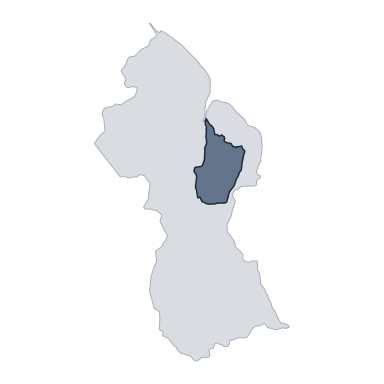 Upper Demerara-Berbice on a map of Guyana (Natural Earth projection)
{"feature_id": "GUY-673", "entity_name": "Upper Demerara-Berbice", "entity_type": "Region", "adm_level": 1, "iso_a3": "GUY", "parent_name": "Guyana", "parent_adm1": "", "projection": "natural_earth1", "projection_center": [-58.308, 5.539], "detail": "fine", "context": "in_parent", "style": "filled", "palette": "slate", "viewbox_px": 384, "rotation_deg": 0, "n_neighbors": 0, "source": "natural_earth", "source_scale": "10m", "svg_char_len": 5462}
<svg xmlns="http://www.w3.org/2000/svg" viewBox="0 0 384 384"><path d="M120.3,177.0L111.9,166.2L103.4,155.3L95.1,144.6L94.6,143.1L98.1,138.0L101.2,134.4L103.8,132.3L105.0,130.5L104.1,122.6L104.1,119.8L102.9,116.7L102.1,113.3L103.1,110.4L104.4,108.4L106.0,107.6L109.9,106.9L112.6,106.6L113.6,105.5L115.2,104.1L117.3,104.1L121.3,105.0L123.2,103.2L126.6,100.9L134.1,96.8L135.8,94.2L137.0,90.1L136.9,88.2L136.1,87.4L134.3,86.8L131.4,86.7L129.1,87.7L126.7,87.1L124.7,84.6L124.6,82.5L125.8,79.6L125.1,77.6L121.3,71.4L121.4,69.7L124.1,66.9L125.7,64.5L127.8,58.8L129.5,56.9L134.8,56.2L136.1,55.0L138.8,52.0L142.8,48.6L148.6,45.9L150.2,40.9L151.3,39.5L155.8,36.9L156.6,35.5L156.5,34.2L149.2,23.0L150.7,23.8L156.4,31.1L159.5,32.7L160.2,32.7L160.2,30.8L163.1,31.6L170.6,36.6L181.5,44.9L196.9,60.5L201.3,66.4L204.3,69.2L208.8,76.0L210.2,79.3L210.1,92.6L206.0,101.5L205.0,108.2L204.8,117.2L202.4,122.3L205.6,119.5L206.5,111.5L209.2,106.6L212.7,101.2L217.3,99.9L222.3,102.2L226.3,102.6L229.8,104.2L237.3,112.8L244.7,119.6L247.4,125.1L255.1,127.8L259.8,132.1L261.2,135.8L262.2,145.6L260.7,160.3L261.1,161.1L259.0,164.0L258.6,165.8L257.2,169.1L256.2,170.9L257.7,175.0L259.5,175.1L260.1,175.7L260.6,176.5L260.5,177.3L259.8,178.1L258.1,179.1L256.5,181.4L256.7,184.0L255.7,185.4L252.5,186.1L246.2,186.1L243.1,186.3L240.6,186.7L239.0,188.4L236.9,189.6L235.3,189.8L233.8,191.8L232.4,194.6L232.9,196.5L234.4,199.0L235.2,201.6L234.1,205.8L232.8,209.0L232.1,211.5L231.1,216.2L228.7,221.4L227.0,224.4L227.0,227.6L227.8,232.2L232.8,238.9L234.4,242.1L235.8,247.2L240.2,251.2L243.0,254.5L242.8,258.8L243.2,260.1L244.9,261.2L247.0,262.0L249.4,262.0L251.5,261.6L251.9,261.0L256.8,260.9L257.3,262.0L257.6,268.2L257.8,270.7L259.0,271.7L259.6,273.3L259.7,274.7L259.9,278.1L260.6,279.9L260.5,283.7L261.0,285.0L262.4,285.9L264.0,288.6L264.7,288.9L265.0,289.9L266.5,293.6L267.2,294.8L267.7,294.9L267.9,296.2L269.0,299.8L269.7,300.6L271.0,303.2L271.6,306.1L273.4,309.3L275.2,311.5L276.0,313.8L278.4,319.0L280.6,322.6L283.7,323.5L286.2,324.0L287.8,325.4L289.4,326.9L287.7,327.6L286.2,328.5L284.1,327.8L281.2,328.2L278.2,329.2L275.4,329.7L270.1,328.1L268.5,327.9L267.4,327.2L265.2,324.0L264.1,323.6L261.3,325.1L257.9,326.1L256.2,325.9L254.3,327.0L252.5,328.4L249.0,334.6L247.2,336.8L245.2,337.8L241.4,337.8L237.3,338.0L234.2,339.5L231.3,340.3L229.8,340.4L229.3,343.8L228.7,345.4L227.8,346.3L225.5,346.6L223.5,346.4L222.3,345.0L220.0,344.3L218.0,343.8L216.6,343.0L215.6,343.2L214.7,344.6L214.0,345.8L213.4,348.1L210.3,348.8L209.0,350.0L209.8,354.2L209.4,355.9L208.8,357.1L205.1,357.4L201.9,357.3L200.1,358.8L197.9,360.6L196.5,361.0L194.9,360.9L192.7,358.8L190.6,356.2L185.4,354.4L180.2,352.9L176.8,348.9L176.0,346.8L174.4,346.0L170.3,341.1L168.1,338.0L165.7,337.2L162.9,335.9L163.0,333.7L162.8,331.5L161.6,330.6L160.0,330.0L159.4,328.8L159.5,326.0L159.9,318.6L159.4,311.6L155.7,309.2L154.1,307.6L151.2,297.2L149.9,292.5L149.8,289.0L150.8,278.7L151.8,274.2L154.7,265.2L156.4,262.2L156.5,259.9L156.3,257.0L155.5,251.3L160.4,247.6L162.4,246.1L162.8,243.7L165.4,240.6L166.6,237.6L167.5,235.3L167.3,234.1L166.1,233.4L164.8,231.2L162.0,224.9L161.0,223.6L160.1,221.9L160.5,219.1L161.6,216.0L161.5,214.8L159.8,213.1L156.3,210.4L153.4,210.2L151.2,209.2L147.9,209.1L145.3,208.8L143.8,207.8L144.1,206.1L144.8,204.8L147.0,201.6L148.5,198.2L148.7,194.9L149.1,190.6L149.8,186.8L150.1,182.5L146.6,179.7L145.5,177.4L144.1,175.3L142.5,175.3L140.2,174.4L136.4,177.1L133.5,176.6L131.5,177.7L126.9,177.5L123.9,176.1L120.3,177.0Z" fill="#d9dde1" stroke="#a8b0b8" stroke-width="1"/><path d="M205.2,121.2L205.7,121.1L205.4,120.8L206.1,119.0L206.1,118.9L206.9,119.6L209.1,123.5L209.6,124.2L210.0,124.7L211.7,125.8L213.2,127.8L213.7,128.9L213.9,129.7L214.0,130.1L214.0,130.5L214.0,130.8L214.1,131.1L214.7,133.7L214.7,133.9L214.7,134.3L214.8,134.5L215.0,134.5L216.8,134.6L217.2,134.8L217.5,134.9L218.2,135.4L219.3,136.0L219.5,136.0L219.8,135.9L220.5,135.5L222.0,135.0L223.3,136.4L223.6,136.6L224.1,136.6L224.6,138.1L224.6,138.9L224.1,140.8L224.6,141.6L225.1,141.9L227.8,142.9L229.1,143.2L229.4,143.2L231.1,143.6L231.2,143.9L231.5,144.6L232.0,145.1L232.7,146.3L233.0,146.5L233.3,146.5L233.7,146.5L234.2,146.5L234.6,146.8L235.3,147.6L235.6,147.7L235.9,147.6L236.1,147.3L236.4,147.0L236.7,146.8L237.2,146.6L238.9,146.8L239.2,146.7L240.2,146.3L240.4,146.2L241.2,146.2L241.7,146.1L242.9,149.1L243.5,149.9L244.1,150.1L244.7,150.7L244.7,151.1L244.7,151.5L244.7,151.9L243.9,154.0L241.8,164.2L241.5,168.6L241.3,169.6L241.1,170.3L239.8,171.9L239.2,173.1L238.2,176.0L237.0,178.0L236.1,179.7L234.2,185.6L230.3,190.7L229.3,192.3L228.7,194.1L228.1,197.0L226.5,202.2L225.8,202.7L224.6,203.0L217.9,203.1L217.3,203.2L214.4,204.0L208.4,204.1L206.6,203.7L205.8,203.4L205.2,203.0L204.9,202.8L204.5,202.5L202.8,201.9L202.6,201.8L202.0,201.4L201.1,199.9L200.5,198.0L199.9,197.2L198.1,197.9L197.6,197.1L196.6,190.5L195.6,187.6L195.5,185.7L196.5,179.1L196.6,175.8L196.3,175.0L195.9,174.5L194.0,171.3L194.2,171.0L194.2,170.6L194.2,170.2L194.2,169.7L194.4,169.2L194.7,168.5L195.0,167.5L195.6,167.2L197.2,167.1L200.7,166.5L201.6,166.2L202.3,165.4L203.2,163.3L203.9,161.4L204.4,159.6L204.6,157.6L204.6,154.5L204.9,151.5L204.7,148.6L204.9,147.6L205.9,145.1L206.4,144.3L206.5,143.2L206.5,139.4L206.4,138.9L205.9,137.8L205.9,136.9L206.5,130.7L206.4,130.3L206.1,129.9L206.0,129.5L206.1,129.2L206.3,128.8L206.4,128.4L206.5,128.0L206.5,127.6L206.4,126.8L205.4,124.6L205.3,123.7L205.3,121.7L205.2,121.2Z" fill="#64748b" stroke="#1e293b" stroke-width="1.5"/></svg>